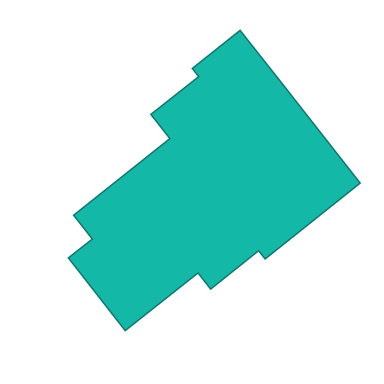 the district of Allen, Ohio, United States of America, rotated 322°
{"feature_id": "52423323B40875098856035", "entity_name": "Allen", "entity_type": "district", "adm_level": 2, "iso_a3": "USA", "parent_name": "United States of America", "parent_adm1": "Ohio", "projection": "orthographic", "projection_center": [-84.117, 40.782], "detail": "fine", "context": "isolated", "style": "filled", "palette": "teal", "viewbox_px": 384, "rotation_deg": 322, "n_neighbors": 0, "source": "geoboundaries", "source_scale": "gbopen_adm2", "svg_char_len": 356}
<svg xmlns="http://www.w3.org/2000/svg" viewBox="0 0 384 384"><g transform="rotate(322 192 192)"><path d="M329.4,94.2L268.3,94.8L268.3,105.2L207.4,105.5L207.4,136.3L84.4,137.4L84.5,167.7L54.0,167.8L54.0,260.1L146.9,259.5L146.9,280.0L208.3,279.3L208.4,289.8L330.0,288.5L329.8,165.0L329.4,94.2Z" fill="#14b8a6" stroke="#0f766e" stroke-width="1.5"/></g></svg>